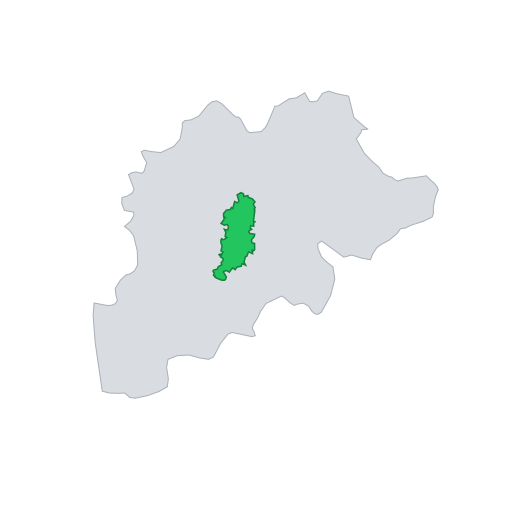 Walloon Brabant on a map of Belgium (orthographic projection), rotated 292°
{"feature_id": "BEL-3482", "entity_name": "Walloon Brabant", "entity_type": "Province", "adm_level": 1, "iso_a3": "BEL", "parent_name": "Belgium", "parent_adm1": "", "projection": "orthographic", "projection_center": [4.525, 50.668], "detail": "fine", "context": "in_parent", "style": "filled", "palette": "green", "viewbox_px": 512, "rotation_deg": 292, "n_neighbors": 0, "source": "natural_earth", "source_scale": "10m", "svg_char_len": 3429}
<svg xmlns="http://www.w3.org/2000/svg" viewBox="0 0 512 512"><g transform="rotate(292 256 256)"><path d="M234.1,123.0L241.4,126.8L247.9,127.6L250.8,126.0L249.0,116.9L254.2,112.0L260.1,109.8L262.8,113.7L268.1,117.7L272.4,117.8L283.7,107.3L286.4,109.3L288.9,113.0L289.4,116.0L289.9,119.2L292.5,120.5L301.5,119.8L306.0,114.1L309.6,110.5L312.3,112.9L313.6,119.8L316.2,128.9L327.0,138.9L336.1,141.8L347.3,139.6L351.7,137.8L354.8,139.2L357.8,144.6L364.3,150.6L377.9,154.8L382.2,157.2L385.1,161.2L384.4,167.2L378.2,182.0L377.4,186.3L378.3,187.8L377.1,190.5L368.8,200.5L368.0,204.0L370.9,209.6L373.3,214.3L378.5,216.5L383.3,217.1L392.3,217.3L402.0,217.4L403.2,220.1L414.2,227.9L417.7,234.1L425.6,240.1L419.3,247.9L420.4,251.3L422.8,254.8L431.6,256.6L436.1,261.6L436.6,269.4L438.9,282.0L421.0,295.0L416.1,309.1L415.7,311.9L415.1,311.5L412.9,306.9L409.6,307.0L402.0,305.2L391.7,318.1L387.1,328.7L384.4,336.5L380.3,342.9L379.5,349.5L380.1,352.3L378.7,355.9L378.7,359.6L384.9,367.0L386.5,371.0L394.2,384.0L392.0,388.8L390.2,394.1L388.1,397.8L385.7,400.2L377.9,400.2L368.1,402.0L361.6,404.6L358.1,404.7L350.9,398.2L342.9,388.5L337.8,383.9L335.5,379.8L329.3,378.2L320.4,373.4L314.2,368.2L309.0,364.9L301.5,363.4L295.4,363.6L293.6,354.7L292.8,344.5L287.8,337.8L294.5,311.2L290.4,308.6L286.0,310.8L279.7,317.1L276.6,324.7L274.8,331.4L264.1,337.7L247.0,340.0L228.3,337.6L225.8,335.9L224.6,334.0L224.6,331.6L225.9,328.1L229.2,323.7L230.0,317.5L226.7,312.1L224.5,310.0L225.4,304.8L227.9,298.3L228.4,294.6L215.9,283.2L206.9,281.0L198.1,280.5L191.4,279.2L187.5,279.7L184.7,282.9L181.8,285.2L179.7,282.4L176.1,262.4L173.1,259.3L161.8,255.9L146.4,254.4L142.4,250.7L140.3,241.7L139.1,230.9L134.2,220.5L131.7,217.8L127.2,213.1L119.1,214.9L109.4,220.7L103.7,222.2L101.5,222.8L94.0,216.8L85.7,207.4L79.0,197.5L77.5,192.1L79.8,185.6L77.4,180.5L74.0,171.3L73.1,164.1L114.8,139.7L140.0,127.2L151.8,123.5L154.4,136.6L156.4,140.8L159.2,143.5L162.9,144.1L167.2,140.9L173.2,137.6L182.7,139.3L189.7,142.5L192.1,145.8L196.7,148.9L203.4,149.7L216.4,143.9L229.0,134.9L232.6,128.7L234.1,123.0Z" fill="#d9dde1" stroke="#a8b0b8" stroke-width="1"/><path d="M221.6,225.2L222.3,223.7L224.7,223.7L225.4,222.1L226.3,221.7L227.2,222.1L229.3,225.0L231.9,225.0L235.0,227.5L236.8,226.2L239.5,227.1L240.9,226.6L241.5,225.8L241.8,223.5L243.9,223.5L242.8,222.0L243.5,221.2L245.4,223.7L247.2,223.9L247.7,221.6L252.3,220.9L255.7,218.2L257.8,217.5L259.2,217.7L258.8,219.4L259.3,220.2L262.3,222.0L262.5,220.1L266.7,219.1L268.9,216.6L269.4,219.9L272.6,219.7L274.5,217.6L272.7,215.2L273.1,211.4L278.1,212.7L279.8,211.7L280.1,212.8L280.9,210.9L283.5,210.0L287.5,211.4L289.5,214.8L291.8,215.0L291.4,216.6L298.6,215.8L298.3,218.5L299.5,219.5L300.9,219.3L305.6,215.6L309.2,218.4L308.9,221.2L306.6,222.4L309.0,225.8L307.5,226.9L307.6,231.3L305.8,234.8L302.8,234.1L300.6,237.1L298.1,236.9L298.0,237.8L287.7,240.5L287.3,241.0L287.6,242.8L286.6,241.2L282.7,242.7L282.1,239.7L279.6,240.3L279.2,242.0L276.5,240.1L275.6,240.1L274.6,241.9L275.7,246.6L273.5,247.1L270.0,245.9L268.4,246.1L266.7,247.4L267.1,250.0L261.3,252.4L259.9,251.8L260.0,250.4L256.9,252.0L257.1,248.3L256.7,247.5L252.4,247.6L251.4,246.5L246.0,247.1L243.6,249.8L243.8,245.9L241.0,246.2L238.6,242.5L235.5,241.8L236.1,238.7L231.0,237.3L231.5,234.2L229.6,231.7L228.6,232.2L225.5,236.3L223.3,236.6L221.7,235.9L220.7,233.2L220.7,227.7L221.1,225.7L222.8,225.2L221.6,225.2Z" fill="#22c55e" stroke="#15803d" stroke-width="1.5"/></g></svg>